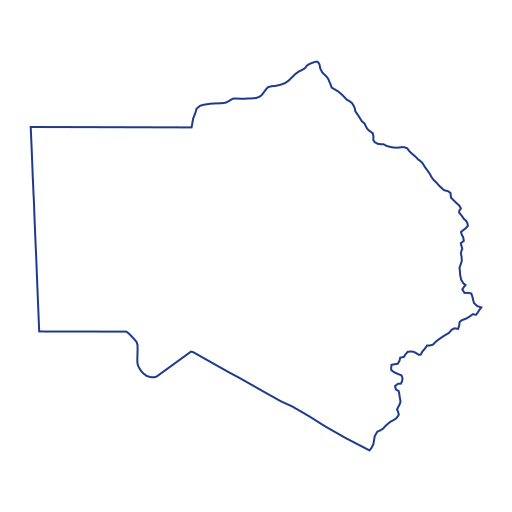 Nyatike, Nyanza, Kenya (Mercator projection)
{"feature_id": "3690345B78921482472620", "entity_name": "Nyatike", "entity_type": "district", "adm_level": 2, "iso_a3": "KEN", "parent_name": "Kenya", "parent_adm1": "Nyanza", "projection": "mercator", "projection_center": [34.221, -0.928], "detail": "fine", "context": "isolated", "style": "outline", "palette": "blue", "viewbox_px": 512, "rotation_deg": 0, "n_neighbors": 0, "source": "geoboundaries", "source_scale": "gbopen_adm2", "svg_char_len": 3558}
<svg xmlns="http://www.w3.org/2000/svg" viewBox="0 0 512 512"><path d="M318.2,62.4L317.0,61.6L316.1,61.7L313.7,62.3L311.3,63.2L309.0,64.2L307.0,65.5L305.6,67.4L305.0,68.1L304.2,68.7L301.4,70.3L298.8,71.5L295.2,74.1L293.2,76.2L291.1,78.1L288.9,80.4L285.4,82.9L281.4,84.5L278.5,85.2L275.1,86.0L271.8,86.2L268.1,87.1L266.3,89.0L264.4,91.5L263.9,92.2L263.1,93.3L261.5,95.3L259.3,96.8L256.1,98.0L251.9,98.4L248.1,98.5L246.2,98.6L245.1,98.7L242.5,98.8L239.3,98.7L236.4,98.5L233.1,98.6L230.8,99.8L228.5,101.3L225.9,102.6L222.9,103.1L219.9,103.3L215.8,103.4L210.6,103.7L203.9,104.7L200.0,105.8L196.5,108.8L195.8,111.6L195.4,112.8L194.9,114.1L193.1,118.7L191.6,127.4L30.7,127.0L31.7,149.6L32.8,177.7L33.1,184.0L33.3,189.0L33.5,193.9L33.7,196.6L34.0,203.4L34.1,206.8L34.4,215.2L34.9,227.3L35.6,244.7L36.1,254.6L37.3,285.6L39.2,331.4L44.2,331.5L126.1,331.6L128.5,333.2L131.0,335.7L133.8,338.7L136.5,341.8L137.5,345.0L137.6,350.2L137.4,355.6L137.3,359.6L137.4,362.7L138.0,365.5L139.4,368.3L141.0,370.8L143.3,373.4L146.8,376.0L150.6,377.1L153.9,377.3L156.4,376.7L191.0,351.6L193.1,352.1L202.6,357.5L210.1,361.7L215.6,364.8L228.9,372.3L238.9,377.6L249.5,383.6L264.8,392.3L280.7,401.2L292.1,406.4L309.2,416.3L325.2,426.4L346.1,438.3L369.5,450.4L371.5,447.9L373.4,444.1L374.1,439.8L374.7,436.3L376.0,433.9L377.3,431.7L380.4,430.3L383.1,428.6L385.6,425.8L387.9,423.8L390.6,421.6L393.5,420.1L396.2,418.4L398.1,415.9L398.8,414.6L398.0,411.6L397.0,409.5L398.3,406.9L399.9,403.8L400.5,401.4L399.8,397.7L399.3,394.1L398.6,391.0L395.9,389.5L395.0,386.1L397.9,383.8L401.0,383.6L402.0,381.3L402.6,378.3L401.4,375.3L397.7,373.9L394.3,372.3L391.3,370.2L391.2,369.2L391.2,367.6L391.5,364.8L395.0,364.2L397.8,363.7L399.2,361.4L399.5,360.6L400.2,357.7L403.9,356.9L405.5,354.3L406.2,353.5L407.7,351.8L409.3,351.7L410.9,351.5L412.0,351.5L413.4,351.8L415.5,352.7L418.7,354.8L419.6,354.7L420.8,354.6L422.3,351.6L424.6,349.0L427.1,345.5L429.8,345.5L432.9,344.7L435.1,342.4L437.5,340.3L440.3,338.3L443.1,336.4L445.9,334.7L449.0,332.9L451.7,329.7L454.6,328.3L458.1,328.9L459.2,325.5L459.6,322.0L461.8,320.2L466.0,318.7L469.5,316.6L472.8,314.2L475.9,314.8L477.4,313.1L478.9,310.6L481.3,307.4L477.3,306.1L474.0,303.1L473.1,299.8L472.4,296.7L471.3,293.5L468.4,292.9L464.5,292.9L462.3,289.4L463.8,287.1L465.5,285.0L463.2,283.2L461.1,279.5L460.9,278.3L460.2,275.3L459.9,271.1L459.5,267.6L460.7,264.4L461.8,260.9L461.6,257.0L460.9,253.4L461.4,251.0L461.8,249.9L462.3,249.0L461.0,244.2L460.8,243.2L463.8,240.9L463.2,237.3L461.7,234.5L461.0,232.0L463.0,230.3L465.7,228.3L467.9,225.9L467.4,223.2L466.2,220.9L463.8,218.8L461.4,215.3L459.1,212.6L459.4,210.3L460.9,208.6L460.4,207.5L459.2,205.6L458.6,204.9L456.4,203.0L453.6,200.3L451.0,197.6L450.5,193.0L448.2,191.3L443.9,190.1L441.3,187.7L439.3,185.9L436.9,183.1L433.5,179.8L431.6,177.2L429.8,173.9L427.1,170.0L425.0,167.2L422.3,162.8L419.6,160.4L418.7,159.9L417.9,159.3L416.6,157.7L414.9,156.2L413.0,154.6L411.0,152.8L409.2,151.0L407.2,148.3L404.3,147.2L401.4,147.2L397.5,147.7L393.2,147.5L389.7,146.8L386.3,145.8L383.6,144.3L380.6,144.2L377.7,143.8L374.6,142.1L373.2,139.6L373.5,136.6L372.7,133.1L370.3,131.5L369.4,130.8L368.5,130.1L367.3,128.8L366.0,126.7L364.6,123.6L361.8,121.2L360.2,118.6L358.2,115.5L356.5,113.0L355.7,111.9L355.2,110.9L354.8,108.3L353.7,105.8L352.0,103.1L349.6,101.2L346.8,99.7L344.0,96.7L341.3,94.1L338.4,91.6L334.6,89.3L331.7,87.6L331.4,86.8L330.6,84.6L330.2,83.4L329.4,81.8L329.0,80.7L328.6,79.7L327.2,77.4L325.0,75.1L322.3,72.5L320.3,68.6L319.5,64.7L319.2,63.8L318.2,62.4Z" fill="none" stroke="#1e3a8a" stroke-width="2"/></svg>